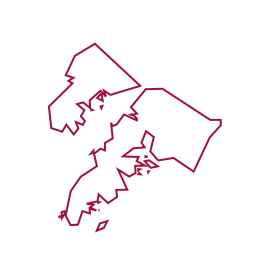 Gao-Bugotu, Isabel, Solomon Islands (Equal Earth projection), rotated 74°
{"feature_id": "97153195B92120906809587", "entity_name": "Gao-Bugotu", "entity_type": "district", "adm_level": 2, "iso_a3": "SLB", "parent_name": "Solomon Islands", "parent_adm1": "Isabel", "projection": "equal_earth", "projection_center": [159.757, -8.429], "detail": "medium", "context": "isolated", "style": "outline", "palette": "rose", "viewbox_px": 256, "rotation_deg": 74, "n_neighbors": 0, "source": "geoboundaries", "source_scale": "gbopen_adm2", "svg_char_len": 1935}
<svg xmlns="http://www.w3.org/2000/svg" viewBox="0 0 256 256"><g transform="rotate(74 128 128)"><path d="M95.6,100.3L108.9,119.5L116.6,115.4L116.7,119.5L121.7,116.7L123.1,117.4L113.9,128.2L121.5,137.8L121.9,142.4L118.3,142.8L133.8,145.6L136.0,154.3L143.2,156.4L140.3,160.0L143.4,167.8L156.1,168.4L161.8,186.8L172.7,200.3L195.0,212.1L205.5,209.9L207.1,202.8L195.4,194.7L199.6,188.1L194.2,187.0L192.2,182.4L189.4,188.7L190.1,177.5L183.8,174.5L194.7,167.9L191.2,157.5L184.3,156.4L187.1,145.7L165.2,149.0L175.0,140.3L173.4,133.2L166.3,131.5L168.9,122.0L162.2,128.8L158.8,125.9L153.9,140.6L149.0,128.2L151.2,117.3L145.9,119.1L136.0,111.5L143.9,105.7L156.6,113.0L167.5,107.9L169.3,92.6L188.0,76.9L159.7,52.1L150.9,38.0L145.7,36.7L142.9,46.7L99.8,84.0L95.6,100.3ZM37.9,136.6L44.0,159.2L60.1,173.3L64.7,166.6L66.3,172.3L69.7,169.0L85.6,198.1L106.9,201.8L113.4,192.3L107.8,186.3L119.2,182.0L114.9,175.9L107.9,176.5L112.5,170.6L109.4,167.5L103.7,170.0L98.9,165.0L91.0,170.4L91.0,164.1L98.2,158.9L90.9,157.2L84.6,144.2L91.7,140.6L85.4,140.8L91.3,135.7L90.9,104.6L37.9,136.6ZM218.1,186.3L217.4,178.8L211.8,173.5L212.0,181.3L218.1,186.3ZM173.1,109.9L164.9,116.7L164.5,121.1L172.5,117.2L173.1,109.9ZM95.0,144.8L89.3,144.1L87.9,145.0L90.6,149.4L95.0,144.8ZM196.4,216.4L191.7,211.1L190.5,211.8L190.6,215.0L196.4,216.4ZM195.8,185.6L198.6,181.2L195.1,185.0L195.8,185.6ZM101.7,148.2L99.7,146.6L99.7,148.4L101.7,148.2ZM175.3,130.7L176.0,128.7L174.1,129.8L175.3,130.7ZM171.5,129.9L171.1,127.9L170.3,129.5L171.5,129.9ZM142.4,170.6L142.2,167.9L140.2,167.5L142.4,170.6ZM160.7,119.2L160.9,117.1L159.9,118.9L160.7,119.2ZM191.8,177.3L191.4,176.0L190.8,177.5L191.8,177.3ZM176.2,120.8L175.4,119.8L175.1,120.7L176.2,120.8ZM198.9,179.2L199.2,177.9L198.9,179.2ZM115.9,121.7L116.4,120.9L115.8,120.8L115.9,121.7ZM100.8,158.3L100.9,157.2L100.2,157.9L100.8,158.3ZM195.0,219.3L194.9,218.4L193.5,217.1L195.0,219.3Z" fill="none" stroke="#9f1239" stroke-width="2"/></g></svg>